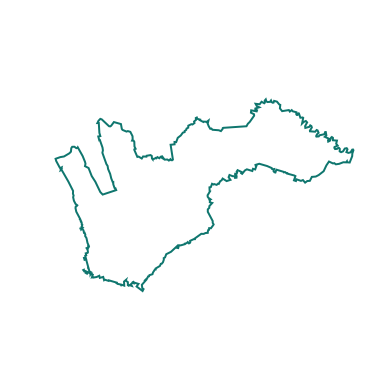 the district of NCR, Third District, Valenzuela, Philippines, rotated 19°
{"feature_id": "2640588B11276327116073", "entity_name": "NCR, Third District", "entity_type": "district", "adm_level": 2, "iso_a3": "PHL", "parent_name": "Philippines", "parent_adm1": "Valenzuela", "projection": "mercator", "projection_center": [120.97, 14.71], "detail": "fine", "context": "isolated", "style": "outline", "palette": "teal", "viewbox_px": 384, "rotation_deg": 19, "n_neighbors": 0, "source": "geoboundaries", "source_scale": "gbopen_adm2", "svg_char_len": 6014}
<svg xmlns="http://www.w3.org/2000/svg" viewBox="0 0 384 384"><g transform="rotate(19 192 192)"><path d="M52.2,205.0L53.5,206.9L58.9,211.9L59.6,212.3L60.6,211.3L60.6,212.2L61.6,211.0L60.4,212.9L61.3,213.3L61.2,213.8L61.5,213.5L71.7,222.4L79.2,229.7L80.0,232.4L81.2,233.9L81.3,235.6L83.2,238.7L85.8,241.2L87.8,241.9L87.6,242.3L88.1,242.1L87.0,243.3L87.0,245.0L89.0,248.3L95.2,254.1L95.0,254.4L96.8,255.8L96.6,256.3L97.9,257.2L98.2,258.4L99.0,258.8L98.9,260.6L100.2,261.2L97.6,263.4L99.2,262.2L99.6,263.4L100.2,262.5L101.9,263.6L103.1,265.7L103.6,265.4L105.0,267.0L105.3,268.4L107.2,269.9L109.8,274.2L112.3,276.9L112.2,277.7L110.9,276.2L112.1,277.9L110.6,279.4L112.1,280.6L113.2,282.8L113.1,283.5L111.5,284.6L112.6,286.3L111.8,287.0L112.7,288.5L110.5,290.0L112.8,288.6L113.8,290.0L111.7,291.6L113.9,290.3L118.8,297.5L117.8,298.3L118.9,297.6L120.8,300.4L121.8,300.6L121.2,300.9L121.3,301.7L120.6,301.8L115.2,301.3L115.0,300.8L114.6,301.2L115.5,301.8L115.5,301.4L119.0,301.7L118.9,302.8L117.9,302.7L117.8,303.1L119.0,303.4L120.3,303.2L119.0,303.1L119.2,301.8L122.5,302.1L122.8,302.9L123.0,302.0L124.2,302.1L124.5,302.7L125.1,302.6L125.2,305.0L125.8,304.4L126.4,305.1L129.4,303.5L131.6,301.4L132.8,303.2L135.7,301.2L137.6,304.0L138.1,303.3L142.1,303.2L142.1,302.6L150.3,302.2L150.2,302.7L151.6,303.1L154.6,302.7L155.3,303.2L155.5,302.6L158.4,302.6L156.9,298.8L158.2,296.6L158.2,297.4L160.7,298.1L161.7,301.0L162.7,301.2L163.0,300.4L165.7,300.4L164.3,299.0L165.1,297.4L166.3,297.3L165.5,296.4L165.9,296.0L166.7,296.5L171.3,296.3L170.4,299.4L177.5,301.7L177.8,299.6L176.3,299.1L174.8,296.1L177.2,290.3L176.5,290.4L177.8,287.8L178.0,286.1L178.8,285.7L178.8,284.5L181.4,282.6L181.3,280.9L182.1,277.6L182.9,277.1L182.5,276.2L185.7,272.4L185.9,270.1L186.7,269.7L187.4,267.9L187.4,265.2L186.8,263.7L187.8,262.6L187.9,259.2L191.6,255.4L195.4,248.3L195.8,249.7L197.2,249.5L197.0,246.6L198.6,246.2L202.2,243.7L202.0,243.2L203.6,242.1L204.3,240.7L205.8,241.6L206.5,241.0L206.7,239.9L206.1,238.8L208.9,236.1L210.9,235.3L209.6,235.3L214.4,228.5L216.7,227.8L218.1,226.4L220.2,225.5L219.8,224.1L219.8,222.4L220.4,222.1L220.0,220.6L221.7,220.1L222.9,216.3L223.0,215.6L221.6,214.4L221.0,212.7L213.4,205.6L212.6,203.3L213.5,201.3L213.0,199.7L214.7,195.8L212.2,195.9L211.7,194.2L211.1,193.8L212.0,192.9L209.5,192.2L208.4,191.4L207.8,190.0L208.8,185.5L208.4,185.5L207.0,181.9L208.2,181.2L208.3,177.7L209.9,177.9L210.4,177.3L213.0,177.2L214.0,175.5L214.7,175.6L215.1,172.7L216.2,171.3L216.6,169.3L221.2,170.4L224.4,168.0L221.8,166.1L221.9,163.7L225.3,163.8L227.4,163.2L228.1,164.6L229.4,164.0L229.0,162.4L227.0,161.3L226.9,160.6L228.3,160.1L228.3,158.7L227.6,158.1L228.0,156.5L232.7,157.0L232.4,158.2L233.5,158.5L235.0,154.4L236.5,152.7L242.2,152.5L242.1,150.2L244.4,150.1L244.4,146.7L244.1,147.1L243.2,145.7L246.4,143.4L254.6,143.0L259.6,143.4L260.0,144.1L261.0,144.2L262.1,143.6L262.3,145.7L263.5,146.5L264.5,146.4L264.5,143.4L272.1,143.1L272.4,143.5L273.6,142.9L274.5,143.3L275.8,143.1L275.9,143.6L283.4,143.1L284.6,143.3L284.6,147.8L286.7,147.8L286.7,146.0L291.4,146.0L293.0,144.6L295.9,146.3L297.4,144.1L299.8,143.1L300.4,138.7L304.0,137.1L306.3,134.7L309.7,129.5L310.4,123.1L311.6,118.6L316.0,119.1L317.1,118.4L319.0,119.0L321.9,117.5L325.4,114.6L328.1,113.8L328.5,112.5L329.1,113.4L331.5,112.8L331.8,106.0L331.1,103.6L331.0,99.9L330.4,99.4L329.7,99.8L329.0,102.9L327.1,104.1L325.0,104.0L325.1,101.0L324.0,100.2L322.3,101.2L321.6,104.4L320.0,105.8L318.4,105.5L317.7,103.1L316.7,102.5L316.0,102.5L315.1,104.0L313.3,104.8L312.2,103.9L312.1,103.1L314.6,100.7L312.6,99.4L312.3,96.2L308.4,97.2L307.6,94.9L306.3,94.5L305.8,95.3L305.7,98.7L304.4,100.0L303.8,98.9L303.9,97.0L299.6,96.6L300.6,94.7L299.0,91.8L298.4,92.0L298.3,94.3L294.2,96.8L293.7,98.2L291.6,99.1L291.2,98.7L291.4,96.8L292.4,94.8L290.7,92.9L289.7,92.8L288.8,94.9L283.8,96.2L283.5,95.6L284.3,92.0L283.4,90.8L282.1,90.5L281.7,92.2L278.3,94.5L277.5,92.9L278.2,88.7L276.5,87.8L274.8,89.4L273.8,91.4L273.0,85.7L272.4,85.5L270.3,86.5L267.5,82.9L266.9,83.0L266.6,84.8L265.9,85.0L265.2,84.4L264.7,82.6L261.0,82.9L259.6,82.1L258.3,84.1L256.9,83.0L250.9,86.2L247.9,84.3L247.1,80.9L246.0,80.8L242.9,78.9L240.0,79.1L240.0,80.9L239.3,81.3L238.1,81.1L236.9,79.7L236.4,81.4L234.0,82.4L232.7,82.0L231.6,80.4L231.0,81.9L231.8,83.8L231.4,84.6L228.4,84.0L227.4,87.0L223.4,87.9L225.2,89.6L228.0,90.0L224.7,92.4L224.9,93.1L226.9,93.5L226.9,94.7L221.4,95.5L221.9,97.8L225.3,98.3L225.9,99.6L223.8,106.9L222.6,109.3L222.1,112.1L200.8,121.1L200.3,121.5L200.4,122.5L199.5,125.0L197.2,124.9L191.1,126.5L189.7,125.7L188.7,126.3L186.5,124.5L184.6,122.3L184.3,119.1L182.9,121.2L182.3,121.0L180.0,121.7L179.9,122.1L175.9,121.5L176.0,120.9L173.2,121.1L172.3,120.0L171.5,120.8L172.3,122.5L171.0,124.7L171.9,126.0L170.5,128.0L169.3,128.1L166.9,130.5L167.5,132.4L166.2,133.8L166.3,135.2L165.2,136.7L165.5,137.8L164.0,138.9L163.0,142.2L160.9,145.4L160.8,150.0L159.2,150.4L160.0,152.6L156.4,154.3L163.4,167.6L162.8,168.5L161.8,168.7L160.9,168.0L159.9,169.8L158.2,169.3L155.5,170.3L152.1,168.0L151.7,168.3L152.9,169.6L150.8,169.1L150.1,170.7L147.9,170.3L147.4,171.7L146.5,171.6L145.8,172.7L144.2,173.5L144.3,174.0L143.2,173.3L142.2,171.0L140.8,170.6L137.3,172.5L137.4,173.4L134.2,174.3L133.6,176.7L129.9,175.9L128.9,176.6L123.7,170.9L123.6,170.4L124.6,169.5L122.8,167.7L121.1,163.3L120.1,162.5L118.6,162.9L118.7,161.4L117.6,158.6L114.1,155.2L111.5,155.3L110.4,156.2L106.1,155.9L105.1,155.2L102.7,150.9L95.4,151.3L94.0,155.7L93.3,156.6L92.1,156.8L83.0,152.7L81.5,152.7L80.4,155.1L80.1,157.6L81.4,157.1L85.2,166.3L87.1,169.0L85.3,170.0L87.5,173.3L88.0,172.9L92.9,179.1L94.2,181.6L94.5,184.1L102.0,193.5L103.7,194.8L105.2,197.6L108.7,201.5L111.2,205.4L114.1,208.8L114.4,208.5L115.1,210.4L117.2,213.1L117.8,213.7L118.4,213.4L119.7,214.9L108.4,223.5L105.3,221.9L97.3,213.8L92.0,209.6L86.4,203.0L82.4,202.4L82.1,200.0L81.0,198.3L76.9,193.6L69.5,187.0L69.4,187.6L68.4,188.2L66.0,187.5L64.0,188.3L63.6,189.9L64.4,193.3L63.4,195.4L59.4,200.1L56.1,201.9L52.2,205.0Z" fill="none" stroke="#0f766e" stroke-width="2"/></g></svg>